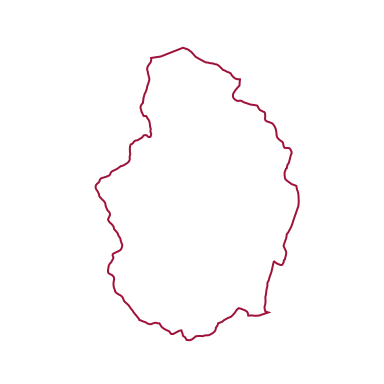 Hiley, Geylegphug, Bhutan (Mercator projection), rotated 159°
{"feature_id": "84629894B8166759987677", "entity_name": "Hiley", "entity_type": "district", "adm_level": 2, "iso_a3": "BTN", "parent_name": "Bhutan", "parent_adm1": "Geylegphug", "projection": "mercator", "projection_center": [90.268, 26.934], "detail": "fine", "context": "isolated", "style": "outline", "palette": "rose", "viewbox_px": 384, "rotation_deg": 159, "n_neighbors": 0, "source": "geoboundaries", "source_scale": "gbopen_adm2", "svg_char_len": 5997}
<svg xmlns="http://www.w3.org/2000/svg" viewBox="0 0 384 384"><g transform="rotate(159 192 192)"><path d="M85.3,192.1L84.6,194.0L84.7,194.7L84.9,196.6L85.3,197.9L86.3,198.5L87.2,199.0L88.1,199.3L89.7,200.0L90.1,201.6L89.8,203.0L89.4,205.2L89.9,206.8L91.0,208.3L92.0,210.0L92.9,212.5L92.7,214.6L92.0,216.8L91.3,220.3L91.3,222.8L91.8,225.8L92.6,227.4L94.4,229.1L96.7,231.0L97.7,232.4L97.7,234.1L96.6,236.1L95.6,239.4L95.9,240.8L97.5,242.3L99.3,244.3L99.8,246.5L100.1,249.2L102.2,250.6L106.2,252.8L108.8,255.0L111.7,257.4L113.1,259.3L114.2,260.0L116.4,260.5L117.6,261.3L118.9,263.1L119.6,265.0L119.6,266.3L118.5,268.8L115.9,270.9L112.5,272.9L109.5,274.4L108.3,277.1L106.8,280.0L108.7,280.8L110.9,282.3L112.2,284.6L113.1,286.9L113.4,289.0L114.7,290.4L116.4,291.9L117.8,293.6L119.3,294.9L121.0,298.9L122.3,301.2L123.2,302.2L124.8,303.1L126.8,304.8L128.5,305.5L130.7,307.1L132.6,308.0L134.6,310.2L137.9,314.1L140.2,317.0L141.3,320.1L142.5,323.1L144.6,326.4L148.7,329.9L172.6,329.7L182.2,331.8L182.5,330.5L182.9,329.6L183.8,328.3L184.6,327.6L185.9,326.8L188.1,325.3L189.5,323.6L190.0,322.4L190.2,320.1L190.4,319.2L190.7,318.6L190.7,316.5L191.0,315.2L191.1,313.5L191.4,312.5L192.0,311.5L193.9,309.0L195.7,307.0L197.4,304.3L199.5,301.9L201.1,300.5L203.9,296.7L204.5,295.2L205.3,294.1L205.7,292.9L206.7,292.4L208.0,291.6L209.2,290.5L209.6,289.6L210.0,288.6L210.1,286.1L210.5,285.1L210.2,284.3L210.0,280.5L209.4,280.0L208.6,279.8L207.5,279.2L207.1,276.5L206.5,274.3L206.5,273.4L206.6,272.7L206.8,271.4L207.6,268.3L207.8,267.2L207.8,266.5L207.9,265.7L208.5,264.6L209.2,263.3L209.2,261.2L209.4,260.6L209.7,260.0L210.9,258.5L211.4,258.4L212.4,258.6L213.1,259.2L214.0,261.1L215.0,261.8L216.0,262.0L216.9,262.1L217.7,261.6L219.7,260.5L221.1,260.5L223.8,259.9L224.9,259.9L226.2,260.3L227.2,260.1L228.2,259.8L229.2,259.0L230.7,258.4L232.2,258.4L232.7,257.8L233.6,256.6L234.4,255.0L235.2,252.7L235.5,251.9L235.8,251.0L235.9,249.8L237.5,247.4L237.8,246.7L238.2,245.3L238.5,244.6L239.0,244.0L239.6,243.5L240.1,243.0L241.0,242.6L241.8,242.3L243.2,242.0L244.7,241.7L246.2,241.5L248.5,241.4L249.0,241.7L250.2,241.4L253.6,240.4L256.0,240.2L259.0,240.0L259.9,239.7L261.3,238.8L262.1,237.8L262.9,237.3L263.7,237.0L264.5,237.1L266.0,237.0L267.5,237.0L268.2,237.1L268.9,237.1L270.4,237.3L271.2,237.4L271.9,237.3L272.6,237.1L273.3,236.7L273.8,236.2L274.3,235.6L274.7,235.0L275.4,234.6L276.0,234.2L277.5,233.8L278.1,233.4L278.8,233.1L279.4,232.6L279.8,232.0L280.1,231.3L280.4,230.7L280.5,229.9L280.4,228.4L280.2,227.7L279.8,226.2L279.8,224.7L279.7,224.0L279.6,223.2L280.0,221.8L280.0,221.0L279.8,220.3L279.6,219.6L279.1,219.0L278.8,217.7L277.8,215.7L277.5,215.0L277.3,214.3L277.1,213.5L277.0,212.8L277.1,212.0L277.5,210.6L277.6,209.8L277.6,208.3L277.5,206.1L277.4,205.3L277.2,204.6L276.9,203.9L276.6,203.2L276.4,202.5L276.4,201.7L276.5,201.0L276.7,200.3L277.1,199.6L277.7,199.1L278.7,198.0L279.3,197.5L279.8,197.0L280.2,196.3L280.3,195.6L280.2,194.8L279.6,192.7L279.1,192.0L278.5,190.7L278.0,189.2L277.8,188.5L277.7,187.8L277.7,187.0L278.0,185.5L277.9,184.8L277.6,184.1L276.8,182.0L276.3,180.5L276.2,179.8L276.3,178.3L276.2,177.5L275.6,174.5L275.7,173.6L276.0,172.1L276.1,170.6L276.1,169.8L276.0,168.3L276.1,167.6L276.4,166.9L276.8,166.2L277.7,165.0L278.2,164.5L278.8,164.0L279.5,163.6L280.2,163.3L280.9,163.2L283.1,163.0L283.9,163.0L286.9,162.7L287.6,162.6L288.3,162.3L288.7,161.6L288.9,160.9L288.8,160.2L288.8,159.4L289.0,158.7L289.5,158.1L290.0,157.6L291.8,156.1L292.3,155.6L292.9,155.2L294.3,154.6L294.9,154.1L295.5,153.7L296.0,153.1L296.5,152.5L297.2,151.2L298.4,149.2L298.7,148.6L299.1,147.1L299.1,146.5L298.7,145.7L297.9,144.6L296.9,143.6L296.4,143.0L296.0,142.3L295.8,141.6L295.6,140.9L295.5,140.1L295.7,139.4L295.9,138.7L297.0,136.7L297.4,136.1L297.7,135.4L298.1,134.7L298.4,134.0L298.5,133.3L298.8,132.6L299.0,131.9L299.1,131.1L299.2,130.4L299.1,129.7L299.2,128.2L299.2,127.4L299.4,126.7L299.2,125.9L298.9,125.2L297.7,123.3L297.2,122.7L296.2,121.6L295.7,121.0L295.3,120.4L295.0,119.7L294.7,119.0L294.6,118.3L294.5,117.5L294.5,115.2L294.4,114.5L293.9,113.1L293.5,112.4L292.4,110.4L292.1,109.7L291.6,108.3L290.9,105.3L290.0,102.5L289.8,101.7L289.7,101.0L289.5,100.2L287.6,94.5L287.2,93.1L287.0,92.3L287.0,91.2L286.3,90.9L285.7,90.4L285.3,89.8L281.9,86.9L280.9,85.5L280.2,84.7L278.6,83.6L277.5,83.3L274.8,83.3L273.8,83.2L273.0,83.0L272.1,82.6L271.1,81.7L269.5,81.1L268.7,77.0L267.6,75.0L265.6,72.5L263.4,70.4L262.3,66.9L260.5,66.2L253.7,67.0L251.5,66.6L251.6,63.5L251.9,60.7L250.7,59.2L250.2,57.4L250.2,56.0L249.4,55.5L247.1,54.4L245.0,54.4L241.8,55.3L240.5,55.9L239.7,55.8L237.7,55.3L236.0,54.7L233.8,53.6L231.8,53.5L230.2,53.2L229.0,52.7L227.5,52.3L225.5,52.5L223.4,52.8L221.7,53.3L220.2,54.1L219.0,55.4L218.4,56.7L216.1,58.2L214.6,60.1L210.5,60.0L208.0,60.9L203.6,61.5L200.5,61.5L198.0,62.5L195.3,63.9L192.4,66.0L190.0,66.8L187.7,65.1L184.9,62.5L183.6,60.8L183.3,58.6L183.8,56.4L181.0,55.6L178.2,54.2L175.6,53.2L173.0,52.5L170.6,52.5L163.9,52.2L166.3,54.2L166.1,56.8L165.2,59.3L164.3,60.2L162.8,62.9L161.0,68.0L159.8,69.6L159.5,70.3L157.7,73.6L156.9,74.9L155.2,77.4L154.6,79.2L153.6,80.8L152.2,81.8L150.5,84.2L146.6,88.8L145.3,90.7L142.4,95.1L141.1,97.0L140.8,97.4L140.2,97.7L139.7,96.9L138.7,95.4L137.9,94.3L137.3,93.7L136.6,93.2L136.1,92.7L135.5,92.2L134.8,91.8L134.1,91.7L133.4,92.0L131.7,93.5L130.7,95.3L129.4,95.8L129.0,96.5L127.7,98.3L126.8,99.6L126.1,100.9L125.8,101.6L125.6,102.3L125.5,103.1L125.6,104.6L125.8,107.6L125.8,108.4L125.7,109.1L124.8,110.3L121.3,114.3L120.2,115.7L119.8,116.3L119.2,117.7L118.8,118.4L118.3,118.9L116.9,119.6L116.3,120.1L112.9,123.0L112.3,123.5L111.8,124.0L109.8,126.3L106.5,130.4L98.2,140.2L97.7,140.8L97.3,141.5L96.4,143.5L95.5,145.6L94.3,149.2L93.6,151.4L93.4,152.1L93.0,155.0L93.1,156.9L92.4,160.3L93.2,161.1L96.1,163.6L97.9,166.4L99.3,168.5L100.2,170.4L100.2,171.7L99.5,174.7L98.6,177.0L95.9,180.1L94.9,180.3L94.2,181.6L93.3,182.9L92.8,183.4L91.5,184.2L91.0,184.7L89.7,186.5L87.6,189.5L86.7,190.8L85.9,191.7L85.3,192.1Z" fill="none" stroke="#9f1239" stroke-width="2"/></g></svg>